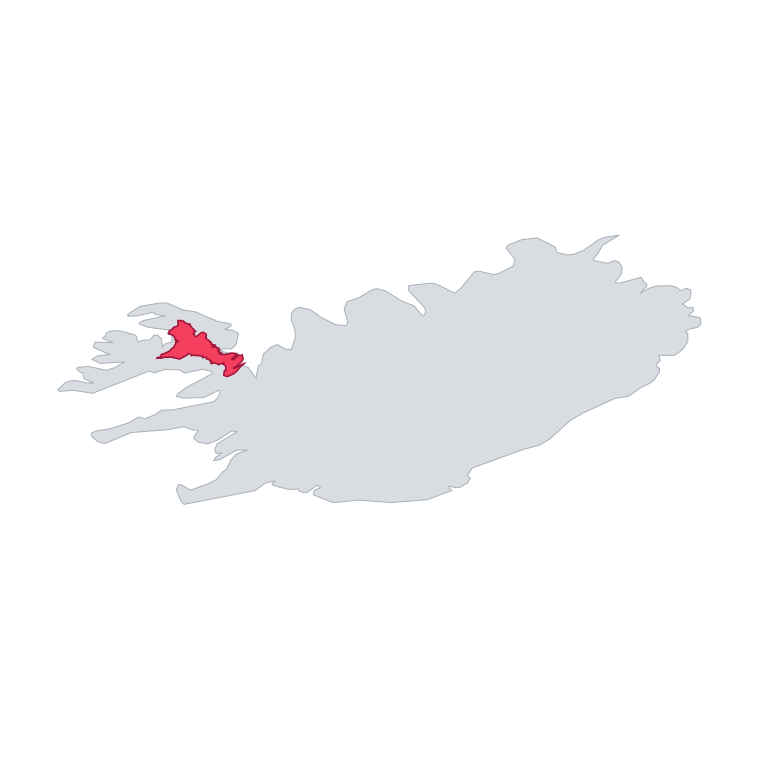 location of Strandabyggð, Vestfirðir, Iceland, rotated 351°
{"feature_id": "244011B90835463390859", "entity_name": "Strandabyggð", "entity_type": "district", "adm_level": 2, "iso_a3": "ISL", "parent_name": "Iceland", "parent_adm1": "Vestfirðir", "projection": "robinson", "projection_center": [-21.814, 65.764], "detail": "fine", "context": "in_parent", "style": "filled", "palette": "rose", "viewbox_px": 768, "rotation_deg": 351, "n_neighbors": 0, "source": "geoboundaries", "source_scale": "gbopen_adm2", "svg_char_len": 9371}
<svg xmlns="http://www.w3.org/2000/svg" viewBox="0 0 768 768"><g transform="rotate(351 384 384)"><path d="M585.0,285.3L591.7,285.6L602.5,283.0L617.9,275.4L624.5,273.7L639.7,273.7L621.7,281.1L615.2,289.2L610.3,293.1L610.5,294.9L623.8,299.8L630.0,298.2L632.8,298.8L635.4,301.1L637.4,305.7L636.5,310.5L633.0,315.3L628.2,319.3L629.0,320.5L633.1,321.2L654.5,318.8L657.2,324.6L659.3,326.6L658.8,328.6L650.7,334.9L660.5,330.9L668.4,329.8L682.2,331.8L687.9,334.1L691.4,338.1L698.1,336.8L701.4,339.1L701.7,341.5L699.1,348.2L691.2,351.6L696.4,356.4L700.5,356.5L701.3,357.6L701.0,360.5L695.0,363.9L705.6,367.6L707.0,369.0L706.6,373.3L705.0,375.8L702.0,377.2L694.6,377.5L690.1,379.1L691.9,381.8L690.8,389.4L685.3,395.7L680.0,399.0L674.8,401.1L659.8,398.7L660.6,404.1L655.5,407.4L656.6,410.2L658.6,411.6L657.9,415.1L651.4,422.5L646.7,424.9L637.3,427.7L623.8,434.4L609.8,434.3L575.7,443.9L562.3,449.1L538.6,464.5L528.4,468.6L510.9,470.5L458.3,480.7L452.5,486.8L452.2,488.1L454.7,490.4L450.8,494.8L442.9,497.9L439.1,497.8L432.4,495.2L431.6,496.5L434.4,499.7L408.5,505.0L372.5,502.2L340.5,494.7L315.3,493.2L297.3,482.7L296.9,481.1L298.7,477.9L305.1,476.6L302.1,473.4L291.4,478.9L287.9,478.7L283.3,476.5L283.1,474.3L274.1,473.5L258.6,466.8L257.5,465.3L261.2,463.1L260.4,462.7L252.0,463.0L239.9,469.1L167.7,471.6L165.3,468.3L162.3,456.4L164.9,451.3L167.9,451.8L176.3,458.6L195.6,454.8L203.5,452.2L210.7,445.7L214.9,443.6L220.8,435.3L226.7,430.2L238.9,427.8L228.0,426.3L209.8,433.0L203.7,433.0L206.5,430.0L212.8,426.8L208.5,426.6L206.9,425.1L206.7,422.0L209.9,417.0L231.3,408.2L226.3,406.5L211.4,413.2L200.6,415.6L191.8,412.5L187.6,408.3L187.9,406.5L193.0,401.2L192.2,400.2L188.7,399.7L179.2,394.8L164.1,395.3L126.9,392.4L98.8,399.2L92.1,396.1L86.6,389.3L87.8,386.7L92.7,385.2L106.4,385.4L126.7,382.2L135.9,378.3L139.5,379.3L141.2,381.2L153.6,378.3L160.3,375.0L171.4,376.5L213.4,374.8L218.8,370.5L221.0,365.3L220.0,364.3L204.6,369.0L201.1,368.9L183.3,366.4L176.9,363.6L179.0,361.3L188.4,356.4L212.5,348.2L215.9,346.5L216.2,344.6L206.7,341.1L188.6,342.0L184.1,337.9L169.1,335.4L159.1,337.0L153.8,334.5L94.8,347.6L75.8,341.5L62.2,340.5L61.0,338.7L69.1,332.9L74.5,331.9L80.0,332.4L90.4,336.4L97.6,337.7L88.6,331.8L88.3,326.1L85.5,324.6L82.8,320.9L84.0,319.6L94.8,320.4L111.9,327.0L120.4,325.8L131.4,321.6L106.8,319.2L99.4,314.1L104.8,311.4L117.5,311.8L103.4,302.9L102.8,301.3L105.3,297.4L123.0,300.8L113.7,295.6L113.4,294.4L116.1,293.4L117.6,290.2L122.1,288.9L131.0,290.0L144.8,296.1L146.8,297.8L147.3,304.0L152.7,303.0L159.2,303.9L164.7,299.7L168.4,300.7L171.3,304.4L170.9,312.7L174.7,309.8L181.1,309.6L182.2,302.8L181.0,297.3L159.9,291.1L151.6,286.5L152.6,285.0L156.7,283.6L178.8,282.5L169.3,279.8L167.0,277.0L150.3,278.1L141.8,277.0L141.7,275.6L145.0,273.5L155.2,269.2L174.5,268.9L182.3,270.0L197.2,279.4L209.0,283.2L229.1,295.9L241.9,300.7L242.5,302.0L240.4,303.4L235.5,305.1L243.0,307.3L247.7,310.6L248.0,312.0L243.8,322.2L239.0,325.5L227.2,323.6L230.0,326.9L238.5,330.3L240.4,332.3L239.1,334.2L243.2,333.6L244.5,334.6L242.6,340.4L240.5,342.5L247.6,343.7L252.5,346.6L258.5,358.3L261.6,349.3L263.3,346.0L266.2,344.8L269.5,335.6L277.5,330.2L284.8,328.2L292.6,334.5L298.1,335.2L303.8,324.0L304.4,315.7L302.5,306.6L303.5,300.1L307.2,296.3L312.1,295.1L322.8,298.9L331.9,308.0L345.4,317.8L354.7,320.2L356.3,319.9L357.9,316.7L356.3,303.8L360.5,296.9L371.5,295.2L388.0,288.9L391.8,288.7L400.1,292.4L415.1,305.3L425.8,311.4L431.6,321.0L434.1,322.8L436.2,319.8L436.4,315.5L423.1,295.6L422.8,292.9L424.0,290.7L446.9,291.8L452.0,294.0L468.2,305.4L475.9,300.7L490.8,287.3L496.2,287.7L509.5,293.2L514.8,292.7L530.0,287.8L533.0,281.5L525.9,268.8L528.5,266.2L542.6,263.0L558.0,263.6L574.5,275.5L575.4,281.0L585.0,285.3Z" fill="#d9dde1" stroke="#a8b0b8" stroke-width="1"/><path d="M237.5,350.1L240.6,348.4L241.6,347.4L243.1,346.2L245.6,344.0L247.1,343.3L248.0,342.5L248.9,342.2L249.4,341.8L249.0,341.8L247.4,342.2L245.7,342.7L243.7,343.7L241.8,344.0L238.7,345.0L238.2,345.0L238.0,344.6L239.8,343.8L240.2,343.9L240.4,343.6L242.3,342.8L242.6,342.5L243.3,342.3L243.5,342.1L243.3,341.9L243.3,341.7L245.2,340.8L245.8,340.3L246.1,340.2L246.5,339.8L246.8,339.7L247.7,338.9L248.2,338.1L248.5,337.6L248.5,337.4L248.8,337.0L248.7,336.5L248.9,336.0L248.5,335.4L248.6,335.1L248.5,334.9L248.4,334.6L248.6,334.4L248.5,334.2L248.5,333.6L248.5,333.4L248.4,333.5L248.3,333.3L248.0,333.2L246.7,333.1L246.4,333.1L245.9,333.0L244.9,333.2L244.7,333.2L244.9,333.0L244.8,332.9L244.3,333.2L244.2,333.2L244.3,333.1L244.1,333.1L243.4,333.7L242.7,333.8L242.9,333.4L242.1,334.2L241.8,334.6L241.5,335.0L241.2,335.1L240.9,335.3L240.7,335.3L239.6,336.0L238.5,336.4L237.6,336.1L237.5,335.7L238.1,335.2L238.6,334.9L238.8,334.6L239.2,334.4L240.1,333.8L241.1,333.0L241.8,332.6L242.1,332.6L242.6,332.4L242.6,332.2L242.5,331.8L242.8,331.6L243.0,331.6L243.2,331.3L242.8,331.4L242.3,330.6L240.7,330.2L240.1,330.2L239.4,330.0L238.9,330.0L239.0,329.8L238.2,329.8L238.1,329.7L237.9,329.5L237.5,329.4L237.0,329.5L236.5,329.8L235.4,330.1L234.8,329.9L234.4,330.0L234.1,329.9L233.4,330.1L233.1,330.0L232.8,330.1L232.6,329.9L231.8,330.0L231.7,329.9L231.8,329.8L231.4,329.8L230.9,330.0L230.5,329.9L229.6,329.5L228.5,329.7L228.1,329.4L228.4,328.8L227.9,329.0L227.7,328.9L227.9,328.8L227.5,328.8L227.8,328.5L227.4,328.7L227.7,328.3L227.4,328.5L227.1,328.6L227.3,328.5L227.3,328.3L227.0,328.3L226.8,328.1L226.6,328.1L227.1,327.7L226.9,327.7L227.0,327.5L226.7,327.3L226.9,327.0L226.6,327.0L226.7,326.9L226.5,326.7L225.8,326.3L225.7,326.2L225.2,326.2L224.9,326.0L225.0,325.7L225.3,325.4L225.9,325.5L226.0,325.5L225.8,325.5L225.9,325.3L226.1,325.1L226.9,324.9L226.9,324.7L226.9,324.3L226.8,324.2L226.1,323.4L226.0,323.1L226.1,322.9L225.6,323.0L225.8,322.6L225.8,322.4L225.0,322.1L224.9,321.9L224.3,321.6L222.8,321.3L222.6,321.0L222.4,320.9L220.5,320.5L220.0,320.5L220.2,320.1L220.6,320.0L221.5,320.0L222.2,319.9L223.0,320.1L223.6,320.1L223.0,319.9L223.1,319.6L223.5,319.7L223.3,319.3L222.7,319.2L222.8,318.9L222.3,318.7L221.5,318.7L220.9,318.5L220.9,318.3L220.1,318.2L219.7,317.6L219.7,317.4L220.0,317.3L220.2,316.8L220.1,316.6L219.9,316.5L220.0,316.4L219.9,316.1L219.5,315.8L219.2,315.7L219.3,315.4L219.1,315.0L218.6,314.8L218.4,314.3L217.9,313.9L217.8,313.6L217.6,313.1L216.9,312.9L216.9,312.6L216.1,312.0L215.6,311.2L215.2,310.6L215.1,310.2L215.5,310.0L215.4,309.9L215.4,309.6L215.8,309.2L215.8,308.9L216.0,308.7L216.0,308.1L216.1,307.9L216.2,307.7L216.3,307.2L216.0,306.8L213.9,304.9L213.3,304.7L212.1,304.7L211.0,304.9L208.3,306.6L206.8,307.3L205.6,307.6L204.9,307.7L204.4,306.4L204.6,306.0L204.6,305.8L204.3,305.5L203.5,305.2L203.3,305.1L203.3,304.8L204.4,304.2L204.6,303.6L204.6,303.2L205.9,302.7L206.3,302.2L205.6,302.0L204.8,301.5L204.6,300.8L204.8,300.3L204.0,299.5L203.4,299.1L203.2,298.6L203.2,298.3L202.9,297.6L202.8,297.2L201.4,295.8L201.4,295.6L201.9,294.8L201.8,294.4L201.0,294.3L199.9,294.0L198.0,293.0L197.4,292.6L196.9,291.9L196.4,291.6L196.0,291.1L196.0,290.6L196.1,290.4L196.3,290.2L195.6,290.4L195.1,290.5L193.8,289.8L193.5,289.4L193.0,289.5L192.2,289.5L190.4,289.0L190.2,290.0L189.7,294.0L188.7,294.6L187.6,294.6L187.2,294.9L186.3,294.8L185.9,295.0L185.3,295.0L185.2,295.1L184.6,295.5L183.7,296.2L184.1,296.1L183.7,296.5L183.8,296.6L181.1,297.5L179.9,298.1L179.8,298.4L180.2,299.1L179.9,299.5L180.0,299.6L179.7,299.7L178.7,300.2L178.7,300.3L178.9,300.6L179.1,300.9L180.5,301.4L181.3,301.9L182.4,302.4L183.3,303.3L184.1,304.4L184.4,304.9L184.7,305.9L184.6,306.5L184.7,306.9L185.1,307.3L184.8,307.7L185.0,307.8L185.2,308.5L185.4,308.6L185.8,308.5L185.6,308.4L185.9,308.2L186.1,308.5L185.8,308.5L186.2,308.7L186.2,308.9L187.2,309.5L186.9,309.7L187.1,309.9L186.8,309.8L186.7,310.0L186.3,309.8L186.2,309.5L185.7,309.6L185.4,309.7L185.5,309.8L184.8,310.1L184.6,310.3L184.7,310.6L184.8,310.8L184.8,311.5L183.0,313.2L182.7,313.6L182.7,313.9L182.3,314.7L182.1,314.9L182.1,315.0L181.7,315.0L181.4,315.4L181.1,315.4L181.4,315.3L180.8,315.5L180.5,315.5L179.9,315.7L179.6,315.9L179.5,316.2L178.8,316.9L178.2,317.1L176.7,318.1L175.7,318.3L175.6,318.5L175.4,318.6L175.1,318.8L174.1,318.8L174.1,319.0L172.9,319.2L170.4,319.9L169.2,319.8L168.5,320.0L168.4,320.2L168.5,320.8L168.4,321.0L168.5,321.5L168.3,321.7L167.1,322.2L165.7,322.4L164.2,322.4L163.7,323.1L165.6,323.2L168.4,323.7L171.4,323.2L174.8,323.9L176.0,323.9L178.4,324.2L179.3,324.2L179.5,324.3L179.2,324.6L179.8,324.8L180.0,325.2L180.3,325.3L181.5,325.4L184.7,327.0L186.8,327.3L189.0,326.3L194.4,324.6L194.6,324.5L194.9,323.9L195.0,323.3L195.7,323.3L196.7,323.5L197.2,324.1L197.8,324.5L198.1,324.7L198.2,325.1L198.1,325.9L200.5,325.5L201.2,326.0L202.1,326.4L202.2,326.6L204.3,326.8L205.3,326.6L206.2,327.4L208.9,327.9L209.3,328.2L209.2,328.5L208.7,329.0L208.7,329.3L208.8,329.5L209.9,329.7L213.0,329.9L212.7,331.7L214.0,331.8L214.9,332.2L215.2,332.5L215.3,333.3L215.9,333.3L216.2,334.0L217.1,334.6L216.0,335.4L216.5,336.9L219.2,336.8L220.9,337.0L222.8,337.9L222.9,338.1L222.7,338.7L223.0,339.0L223.4,339.1L223.9,339.1L224.8,338.7L226.4,338.7L227.8,338.3L228.9,338.3L228.4,338.9L228.2,339.4L229.3,340.1L230.4,341.8L229.9,344.7L230.2,345.5L229.5,345.6L228.2,346.2L227.9,348.0L227.0,349.5L227.1,350.2L228.2,351.1L230.6,352.2L236.6,350.5L237.5,350.1ZM244.8,332.6L245.1,332.3L245.2,332.2L244.8,332.4L244.9,332.5L244.7,332.6L244.8,332.6ZM223.5,319.7L223.2,319.7L223.1,319.8L223.5,319.7ZM242.9,333.4L243.1,333.2L243.3,333.1L242.9,333.4Z" fill="#f43f5e" stroke="#9f1239" stroke-width="1.5"/></g></svg>